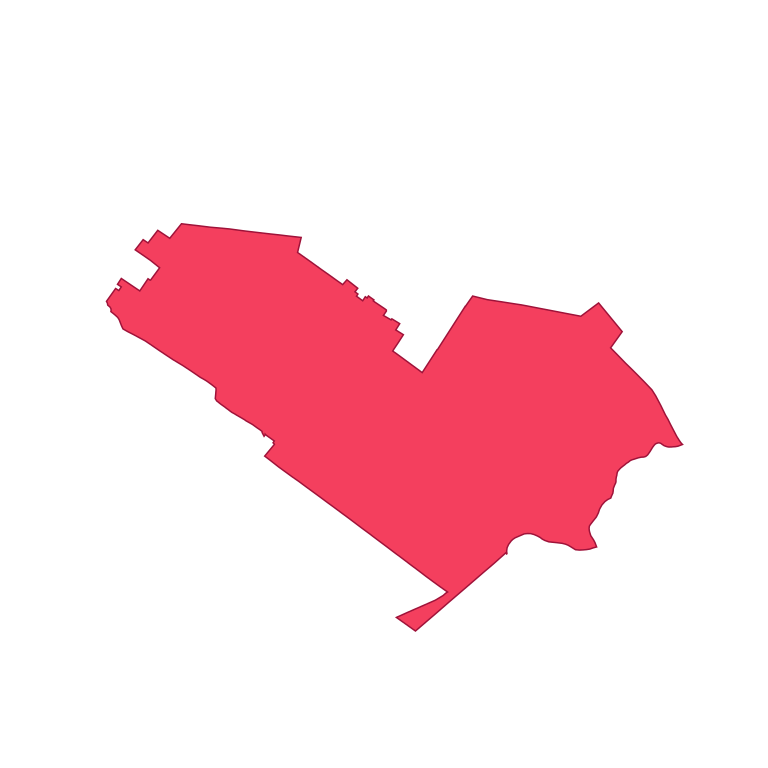 outline of San Antonio la Isla, México, Mexico, rotated 34°
{"feature_id": "50627088B34569290004520", "entity_name": "San Antonio la Isla", "entity_type": "district", "adm_level": 2, "iso_a3": "MEX", "parent_name": "Mexico", "parent_adm1": "México", "projection": "mercator", "projection_center": [-99.55, 19.169], "detail": "fine", "context": "isolated", "style": "filled", "palette": "rose", "viewbox_px": 768, "rotation_deg": 34, "n_neighbors": 0, "source": "geoboundaries", "source_scale": "gbopen_adm2", "svg_char_len": 4154}
<svg xmlns="http://www.w3.org/2000/svg" viewBox="0 0 768 768"><g transform="rotate(34 384 384)"><path d="M651.4,400.2L649.7,399.0L647.6,397.5L645.0,396.1L640.2,394.1L637.2,391.7L635.9,390.4L634.7,388.9L633.7,386.9L633.7,384.9L634.0,380.3L634.4,375.5L633.8,371.0L632.7,367.2L632.3,362.4L632.9,357.9L634.1,354.6L635.8,351.7L635.4,350.2L634.9,347.4L634.8,346.6L633.8,344.5L632.5,342.2L631.7,338.7L631.4,336.5L631.0,335.4L629.5,333.1L628.5,330.9L628.2,329.8L627.5,328.4L626.8,326.8L626.6,325.3L626.8,323.8L627.0,322.2L627.3,320.8L627.8,319.3L628.2,318.0L628.7,316.6L629.3,314.3L630.3,312.1L630.9,310.0L631.8,308.4L633.6,306.2L636.0,303.1L638.2,300.8L640.2,299.3L641.5,297.7L642.2,295.4L642.3,292.2L642.3,290.7L642.1,286.9L642.1,285.9L642.2,283.8L642.5,282.0L643.3,280.6L644.1,279.7L644.7,279.1L645.4,278.8L646.3,278.5L647.2,278.4L648.2,278.5L650.7,278.5L652.7,278.0L654.0,277.6L655.5,276.9L656.6,276.1L658.0,275.1L658.5,274.6L660.5,273.1L662.5,271.2L665.3,267.2L663.8,266.9L662.5,266.5L660.2,265.6L656.1,263.8L643.9,257.2L639.2,254.5L634.6,252.3L625.8,247.2L615.9,241.9L609.3,239.0L597.3,236.4L587.3,234.4L580.0,233.0L572.7,231.7L562.3,229.5L551.6,227.3L551.7,226.2L552.2,207.4L517.3,197.0L516.6,196.8L509.3,217.8L507.8,218.4L495.7,223.6L483.7,228.7L471.6,233.9L459.6,239.0L453.6,241.6L447.3,244.6L441.1,247.5L434.9,250.4L422.5,256.3L415.4,258.9L408.3,261.5L408.3,262.4L408.2,267.4L408.1,274.3L407.9,274.3L409.1,325.4L408.8,325.8L409.3,353.2L394.8,352.6L387.5,352.3L380.3,352.0L372.8,351.8L372.7,349.3L372.7,346.5L372.7,343.8L372.7,341.5L372.6,337.5L372.6,336.5L372.5,332.3L363.5,332.6L363.5,331.5L363.3,325.2L360.4,325.3L358.5,325.4L356.0,325.5L354.1,325.6L354.0,326.9L353.6,326.9L345.2,327.5L345.2,322.7L345.2,322.2L344.5,321.3L342.3,321.2L340.3,321.2L336.2,321.2L333.5,321.2L330.4,321.2L328.6,321.1L328.6,319.9L324.1,319.8L321.9,319.7L321.9,322.1L321.5,322.1L319.7,322.1L319.8,326.9L312.1,326.6L312.1,324.0L308.4,323.8L308.7,319.3L295.0,318.3L294.3,323.6L294.2,324.7L293.8,324.7L287.7,324.6L278.1,324.3L268.4,324.1L258.9,323.8L256.4,323.7L252.0,323.6L238.8,323.3L233.4,308.8L220.4,315.6L214.9,318.4L205.8,323.2L195.2,328.7L189.0,331.9L182.2,335.4L169.3,341.8L162.3,345.6L152.4,351.1L140.8,357.0L134.1,360.5L126.5,364.4L124.9,383.0L110.5,383.1L109.5,399.0L103.6,399.0L102.7,411.9L121.2,412.1L133.0,413.1L132.4,428.3L132.1,428.7L129.5,428.7L129.5,443.4L125.2,443.4L116.4,443.4L107.2,443.4L107.3,450.4L111.9,450.4L111.9,454.8L108.1,454.9L107.7,470.7L109.3,471.5L110.9,473.1L113.7,473.4L115.4,474.2L116.5,475.4L117.1,476.7L119.8,476.9L122.7,477.2L126.0,477.7L128.5,478.8L133.8,482.5L136.8,484.3L142.2,483.9L148.7,483.1L160.9,481.9L162.0,481.8L167.3,481.8L180.1,481.9L195.4,481.8L206.6,481.2L216.9,481.1L228.0,481.2L231.4,480.9L234.9,480.7L241.5,480.9L246.9,481.3L248.0,482.7L250.4,487.0L252.3,490.5L254.8,491.6L260.3,492.0L264.8,492.1L267.1,492.3L268.7,492.3L271.3,492.5L273.8,492.6L276.7,492.3L279.5,492.2L288.3,491.6L290.1,491.7L292.5,491.5L295.0,491.3L297.6,491.1L300.2,491.2L303.3,491.3L306.7,491.3L309.4,491.5L310.1,492.4L313.8,494.4L313.9,492.4L313.7,492.1L314.7,492.3L324.9,492.6L324.9,494.8L325.8,494.9L326.5,495.1L326.9,495.3L325.4,510.5L332.3,510.9L343.2,511.7L357.3,512.2L360.0,512.3L367.7,512.4L376.3,512.8L386.9,513.2L394.7,513.5L403.4,513.9L406.3,514.0L409.0,514.1L420.3,514.6L422.3,514.7L425.7,514.8L437.4,515.4L446.8,515.9L456.7,516.3L459.4,516.5L467.2,516.9L477.6,517.4L488.1,518.0L497.1,518.4L507.5,519.0L517.9,519.5L526.2,520.0L535.4,520.4L543.8,520.7L553.0,520.9L552.2,522.8L551.3,526.3L547.4,534.6L541.1,544.6L535.9,552.8L531.1,560.4L524.9,570.4L524.8,570.6L533.0,570.8L541.1,571.0L548.2,571.2L552.4,555.9L555.6,544.3L559.7,528.9L561.9,520.9L564.8,510.4L569.4,493.5L571.8,484.6L575.4,471.7L579.4,455.9L580.7,456.3L580.8,455.9L579.1,453.9L577.6,450.9L577.0,447.3L577.2,443.0L577.7,440.7L578.7,438.2L584.1,429.8L586.5,427.8L589.3,426.0L592.5,424.9L596.2,424.2L599.4,423.9L601.6,424.1L604.7,423.8L608.9,422.7L616.0,418.9L620.7,416.5L624.0,415.3L626.8,414.7L629.9,414.5L632.9,414.4L635.4,414.3L638.9,412.4L641.7,410.3L644.3,408.2L647.0,405.7L648.9,403.1L651.2,400.4L651.4,400.2Z" fill="#f43f5e" stroke="#9f1239" stroke-width="1.5"/></g></svg>